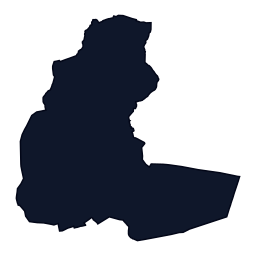 the district of Tenejapa, Chiapas, Mexico
{"feature_id": "50627088B11943504211308", "entity_name": "Tenejapa", "entity_type": "district", "adm_level": 2, "iso_a3": "MEX", "parent_name": "Mexico", "parent_adm1": "Chiapas", "projection": "orthographic", "projection_center": [-92.464, 16.848], "detail": "fine", "context": "isolated", "style": "filled", "palette": "ink", "viewbox_px": 256, "rotation_deg": 0, "n_neighbors": 0, "source": "geoboundaries", "source_scale": "gbopen_adm2", "svg_char_len": 5450}
<svg xmlns="http://www.w3.org/2000/svg" viewBox="0 0 256 256"><path d="M189.1,229.2L226.7,216.8L227.9,212.9L228.9,209.6L229.2,208.6L230.4,205.3L231.0,203.1L232.1,199.8L232.5,198.7L233.2,196.5L234.2,193.1L237.2,184.2L237.5,183.2L238.3,180.8L238.9,178.8L239.6,176.6L237.6,176.4L220.1,172.8L198.1,169.7L181.6,166.6L170.2,165.0L166.7,164.6L163.0,164.3L151.2,164.0L149.7,166.5L149.3,167.0L145.8,164.4L142.3,159.6L142.5,156.0L141.6,147.5L144.7,143.6L144.4,142.6L143.5,142.1L142.8,141.7L142.6,141.6L141.7,141.2L140.9,140.7L140.7,140.6L139.7,140.1L138.6,139.5L138.5,139.4L138.3,139.3L137.3,138.8L137.1,138.7L136.9,138.6L135.7,138.0L135.6,137.9L135.0,138.1L134.8,138.0L133.5,137.3L132.8,134.2L132.5,133.1L132.4,133.0L132.2,132.9L132.0,132.7L132.1,132.2L132.2,131.7L132.5,131.6L133.7,131.0L133.9,130.8L133.9,130.6L133.3,128.5L133.1,128.5L132.0,128.3L131.3,128.2L131.7,127.4L131.2,126.9L131.0,126.7L130.8,126.6L130.4,126.3L130.2,126.2L130.1,125.3L130.1,125.1L130.1,124.9L130.1,124.5L130.0,124.4L129.7,123.7L129.6,123.3L129.5,122.7L129.5,122.4L129.2,121.8L129.2,121.6L129.4,121.2L130.0,120.7L129.3,120.3L128.6,117.9L128.7,117.0L128.8,116.4L132.9,111.6L133.2,111.5L133.5,108.8L133.5,108.4L135.4,108.5L135.8,107.7L136.5,106.1L136.5,104.5L135.9,103.2L135.7,103.1L135.7,101.9L136.4,102.0L137.0,101.6L137.9,101.3L138.4,101.2L139.0,100.9L139.6,100.9L140.0,100.9L142.4,100.2L143.1,99.5L144.0,99.0L144.3,98.7L144.8,98.4L145.3,97.8L145.6,97.6L145.9,97.3L146.7,96.9L146.8,96.8L147.7,96.2L148.0,95.6L148.2,95.2L149.8,93.3L150.7,92.4L151.7,91.7L152.4,91.1L153.2,90.7L154.3,90.1L155.0,89.5L155.4,89.0L155.7,88.4L156.3,87.3L156.4,86.8L156.5,86.3L156.6,85.6L156.5,85.1L156.8,83.0L156.9,82.3L157.6,81.3L158.0,80.9L158.3,80.5L158.4,80.1L158.6,79.8L158.7,79.2L158.5,78.6L158.2,78.1L157.9,77.7L157.9,77.4L157.7,76.6L157.3,75.9L156.8,75.5L155.6,74.2L155.3,73.8L155.0,73.3L154.3,72.3L154.2,72.0L153.3,70.9L152.8,70.4L151.4,68.1L151.0,67.6L150.5,67.0L149.2,65.7L148.9,65.5L148.3,65.4L148.0,65.3L147.5,64.8L146.6,63.8L146.1,63.4L145.3,63.1L144.9,61.8L145.1,54.1L144.9,53.1L145.3,51.7L144.6,50.5L144.7,49.6L143.6,46.9L144.4,44.8L145.8,42.7L145.6,40.6L147.4,39.1L148.6,36.0L149.1,33.0L150.3,32.0L150.9,29.4L151.0,22.7L146.1,22.9L143.8,22.1L140.6,22.3L136.1,20.6L136.3,19.7L132.1,18.6L123.1,15.6L118.3,15.4L116.1,16.7L113.8,16.0L113.3,17.0L113.0,18.0L111.7,18.1L111.3,18.2L109.9,18.6L109.3,18.7L108.9,18.7L108.4,18.8L108.1,18.9L106.2,19.5L105.2,19.9L104.7,20.1L104.2,20.3L103.7,20.4L103.5,20.5L103.2,20.8L102.9,20.8L102.9,21.0L102.7,21.2L102.3,21.5L101.9,21.6L101.6,21.8L101.3,21.9L100.2,22.2L99.9,22.5L99.3,22.6L99.0,22.8L98.6,22.3L98.2,21.9L97.9,21.4L97.7,21.1L97.4,20.5L97.1,20.2L95.9,19.5L94.9,19.7L93.0,19.7L92.8,20.0L92.8,20.3L92.7,20.8L92.7,21.1L92.5,21.3L91.9,21.9L91.8,22.1L91.7,22.6L91.7,22.9L91.7,23.3L92.0,24.0L92.1,24.4L92.0,24.6L91.9,24.8L91.3,24.9L90.9,25.1L90.4,25.2L90.2,25.4L89.9,26.3L89.8,26.6L89.5,27.3L88.8,28.0L88.0,28.9L87.4,29.7L87.0,29.9L86.6,30.0L86.3,30.2L85.8,30.4L85.4,30.7L85.1,31.1L85.0,31.5L85.4,32.2L85.3,32.7L85.1,32.8L84.9,33.1L84.7,33.9L84.7,34.3L84.7,34.8L84.9,35.0L85.1,35.4L85.1,35.8L84.9,36.0L84.7,36.8L84.6,37.0L84.5,37.5L84.4,38.3L84.2,39.1L84.1,39.8L83.9,40.2L83.7,40.4L83.4,40.6L83.3,41.0L83.1,41.2L82.8,41.7L82.5,41.8L82.5,42.2L82.4,42.9L82.5,43.0L82.6,43.4L83.0,44.4L83.0,45.4L83.1,45.8L83.1,46.3L83.0,46.7L82.7,47.4L82.3,48.0L82.1,48.4L81.6,49.1L81.3,49.4L80.7,49.6L80.0,50.0L79.7,50.3L79.3,50.6L79.0,50.8L78.5,51.2L78.5,52.0L78.5,52.3L78.2,52.7L78.1,53.2L77.7,54.0L77.1,54.2L76.4,55.7L69.4,58.3L65.6,59.6L60.3,61.6L59.2,60.5L58.7,60.7L58.2,60.8L56.9,61.1L54.2,61.6L52.9,65.5L52.7,66.3L52.7,68.6L53.5,75.0L54.7,76.7L53.1,82.7L52.7,84.0L52.4,84.3L52.2,84.8L52.1,85.3L51.4,87.4L50.7,89.0L50.5,89.3L50.5,89.5L50.3,90.0L49.9,90.2L48.9,90.6L48.4,90.8L48.0,91.1L47.9,91.2L47.7,91.4L47.6,91.5L47.4,91.9L46.9,92.5L45.8,93.5L45.7,93.9L45.5,94.4L44.1,96.1L43.2,97.3L43.1,98.7L43.2,101.3L43.2,101.8L43.5,102.5L44.1,103.6L44.3,103.8L44.8,104.5L45.0,104.8L45.1,105.5L45.1,106.8L45.4,108.3L45.9,110.1L44.7,110.4L41.0,111.2L38.3,111.7L36.7,112.0L31.8,115.5L26.7,125.9L24.7,129.4L22.2,134.6L20.4,141.4L20.9,164.2L21.0,165.6L21.0,166.1L22.1,171.7L23.6,178.6L21.0,183.8L17.5,188.6L17.2,191.9L16.5,196.6L16.5,197.1L16.4,197.5L16.4,198.1L16.4,198.7L17.5,203.1L17.7,203.5L17.9,203.8L18.0,204.3L18.1,205.0L19.7,205.5L19.8,205.4L22.6,208.6L24.7,211.1L25.7,216.2L29.5,221.6L37.2,222.6L41.9,222.8L43.8,222.9L50.8,224.2L53.9,224.9L58.1,223.5L59.6,231.0L61.2,230.9L61.8,230.8L62.4,230.7L62.7,230.7L63.1,230.3L63.6,230.2L64.6,229.7L65.0,229.5L65.4,229.3L65.9,229.1L66.4,228.7L67.6,228.2L68.0,228.0L68.7,227.8L69.3,227.6L69.8,227.5L72.3,226.7L73.7,226.2L74.3,227.9L75.9,227.5L76.4,227.4L77.2,227.3L78.5,226.9L80.5,226.2L81.9,226.1L83.2,225.8L84.4,225.5L85.5,225.3L85.5,225.0L85.0,224.2L84.0,222.9L84.4,222.6L88.2,220.0L91.4,217.6L91.5,217.7L92.5,217.9L92.8,218.7L93.2,218.9L93.3,219.7L95.2,221.1L97.0,222.6L97.8,223.9L109.3,216.8L119.5,219.6L123.1,220.0L123.2,220.3L124.5,221.9L125.0,222.2L125.2,222.7L125.7,223.0L126.1,223.5L126.3,223.9L126.8,224.2L127.0,224.7L127.3,225.1L127.7,225.4L128.6,226.3L128.9,226.9L128.9,227.2L128.8,228.0L128.8,228.4L128.8,228.6L128.5,230.6L128.5,233.7L128.6,234.4L128.8,235.0L129.2,235.8L129.9,236.6L130.4,237.2L130.6,237.4L130.9,237.7L131.9,238.1L132.6,238.6L132.8,238.8L133.6,238.9L137.4,240.6L143.5,239.6L159.5,236.6L171.2,234.4L179.2,232.5L183.1,232.3L188.5,229.6L189.1,229.2Z" fill="#0f172a" stroke="#020617" stroke-width="1.5"/></svg>